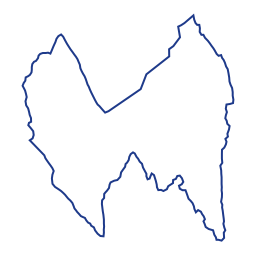 Abaíra, Bahia, Brazil
{"feature_id": "56859067B19610655548687", "entity_name": "Abaíra", "entity_type": "district", "adm_level": 2, "iso_a3": "BRA", "parent_name": "Brazil", "parent_adm1": "Bahia", "projection": "equal_earth", "projection_center": [-41.741, -13.298], "detail": "fine", "context": "isolated", "style": "outline", "palette": "blue", "viewbox_px": 256, "rotation_deg": 0, "n_neighbors": 0, "source": "geoboundaries", "source_scale": "gbopen_adm2", "svg_char_len": 3323}
<svg xmlns="http://www.w3.org/2000/svg" viewBox="0 0 256 256"><path d="M224.1,237.9L223.8,232.7L225.3,230.2L224.3,227.5L223.4,223.8L224.0,221.3L223.7,218.5L223.2,214.7L222.7,210.6L222.1,207.5L222.3,204.7L221.1,201.8L221.9,197.2L222.0,193.3L221.6,190.3L221.8,187.3L221.6,184.1L221.6,180.7L221.6,177.2L221.3,173.8L221.2,170.4L220.3,165.7L222.3,162.8L221.9,158.7L221.9,153.7L222.0,149.7L224.3,147.6L225.9,144.4L226.5,141.7L225.4,138.9L227.9,136.6L227.4,133.8L229.0,129.4L229.6,126.0L227.3,123.8L226.7,120.8L225.3,118.3L225.9,115.2L226.9,112.1L225.8,108.7L226.5,104.5L229.8,104.0L233.0,103.1L233.4,99.7L232.7,95.7L232.7,92.1L232.1,88.0L230.5,84.6L229.5,81.5L229.2,77.5L228.5,73.3L227.7,69.1L226.1,66.5L224.9,62.7L223.6,59.9L222.1,57.9L221.1,55.1L218.6,55.8L216.7,54.0L214.7,50.4L213.4,48.3L211.6,45.9L209.8,43.3L207.9,40.8L205.0,37.8L203.4,34.8L201.4,34.8L199.7,31.9L199.9,28.2L199.3,24.9L197.2,24.9L195.5,23.0L194.2,19.6L193.4,15.4L184.4,23.1L181.0,25.3L178.2,26.6L180.0,37.3L174.8,44.2L173.4,46.1L169.1,49.2L169.2,56.4L146.4,74.3L142.8,83.7L140.7,89.1L108.5,111.2L105.1,112.6L101.9,109.0L99.5,106.2L97.6,104.5L96.3,102.4L94.9,99.8L92.9,95.8L91.3,92.6L89.9,89.5L88.7,86.5L87.6,84.6L86.6,81.6L85.7,78.9L84.6,76.3L82.9,73.5L81.5,70.8L80.4,68.3L79.8,64.6L78.6,61.9L77.5,59.2L76.0,56.8L74.2,54.4L72.5,52.0L70.5,49.3L68.7,46.5L67.0,43.8L65.0,40.2L63.2,36.7L61.1,34.5L58.4,36.1L56.5,38.8L55.4,42.1L54.0,45.1L53.0,47.4L51.9,50.1L50.4,53.6L48.1,52.7L45.7,53.0L42.8,53.0L40.2,53.9L38.6,55.6L38.0,58.2L36.0,60.9L34.0,61.8L32.3,64.1L31.8,67.1L31.8,69.8L31.5,72.4L29.9,74.9L28.1,76.2L25.7,77.4L25.3,80.7L23.7,83.0L22.6,85.8L24.0,88.4L25.1,90.6L26.0,93.9L26.7,97.1L25.5,101.2L26.2,105.4L28.1,108.3L29.0,111.6L29.7,114.9L31.0,118.1L31.1,121.8L29.0,122.8L28.3,125.2L30.7,128.0L33.2,131.2L33.7,135.0L32.6,138.4L29.8,140.3L44.3,155.3L45.4,158.2L46.8,160.3L48.7,163.0L50.7,165.7L52.4,168.2L53.7,171.0L52.4,174.8L51.9,178.5L52.5,183.8L55.0,186.9L57.6,188.6L59.4,189.8L61.2,191.1L63.4,193.1L65.1,194.8L66.7,196.8L68.2,198.6L70.4,200.6L72.4,203.0L73.6,206.0L74.5,208.5L75.9,210.2L77.2,212.0L78.9,213.8L80.9,216.1L82.8,217.0L84.9,217.9L86.3,220.4L88.1,222.6L90.2,223.6L91.2,225.7L93.9,227.4L95.1,230.4L97.6,233.7L100.4,236.0L103.5,236.3L103.9,232.6L103.8,229.6L104.1,226.5L103.9,223.6L103.9,219.6L103.4,214.8L102.8,211.3L102.4,208.1L101.9,204.0L102.1,200.3L104.1,198.0L104.2,193.9L105.6,192.2L107.0,190.7L109.0,188.0L109.6,184.6L110.6,182.4L114.2,180.7L117.4,180.0L120.3,176.8L121.1,172.4L123.2,169.4L125.1,166.8L125.6,164.0L127.1,162.6L128.7,160.0L129.3,156.9L130.7,154.1L133.0,152.4L134.8,153.5L136.5,156.8L138.1,158.7L139.7,161.6L142.0,163.8L143.0,167.5L144.8,170.9L146.4,173.8L146.4,176.3L147.6,179.3L149.6,178.6L150.6,175.9L151.7,173.5L154.0,175.1L155.8,180.8L156.7,184.5L157.0,187.3L158.3,190.1L161.1,189.9L163.4,191.0L166.9,189.2L168.2,186.2L170.2,184.9L173.0,183.1L173.1,180.0L175.9,178.9L177.3,176.0L179.8,175.6L181.9,178.2L183.3,181.9L181.7,184.3L179.0,185.7L179.8,188.7L182.5,190.2L185.5,190.2L186.5,192.9L187.6,196.0L188.5,198.7L190.8,201.0L192.6,203.2L193.9,206.3L194.4,209.0L195.9,212.3L198.1,210.1L200.9,211.7L202.1,214.1L203.7,216.3L204.9,219.2L203.5,221.3L204.6,223.8L205.7,227.0L208.7,229.0L213.1,230.3L214.3,234.7L215.9,237.3L216.5,239.8L218.5,239.8L221.6,240.6L224.1,237.9Z" fill="none" stroke="#1e3a8a" stroke-width="2"/></svg>